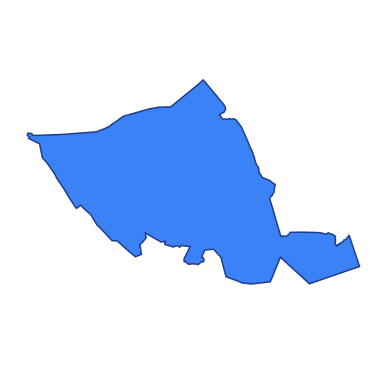 the district of Cualác, Guerrero, Mexico, rotated 261°
{"feature_id": "50627088B91833762276728", "entity_name": "Cualác", "entity_type": "district", "adm_level": 2, "iso_a3": "MEX", "parent_name": "Mexico", "parent_adm1": "Guerrero", "projection": "mercator", "projection_center": [-98.69, 17.735], "detail": "fine", "context": "isolated", "style": "filled", "palette": "blue", "viewbox_px": 384, "rotation_deg": 261, "n_neighbors": 0, "source": "geoboundaries", "source_scale": "gbopen_adm2", "svg_char_len": 3575}
<svg xmlns="http://www.w3.org/2000/svg" viewBox="0 0 384 384"><g transform="rotate(261 192 192)"><path d="M301.0,220.6L297.8,215.7L279.4,184.3L280.9,172.9L280.8,170.3L280.8,163.2L277.5,135.9L273.5,128.2L272.6,126.0L272.1,124.8L271.3,123.3L270.2,121.5L269.4,120.0L269.3,119.6L269.1,118.5L268.9,117.6L268.4,116.3L268.1,114.8L267.6,113.4L267.4,110.8L266.6,108.2L266.4,107.0L269.2,72.3L272.1,48.3L272.3,47.3L272.7,44.6L273.1,43.6L274.7,42.9L275.8,39.8L275.7,38.9L273.5,38.2L271.9,39.8L271.8,40.2L271.7,40.3L271.3,40.3L270.8,39.9L270.4,39.1L263.5,49.0L249.2,49.6L243.0,53.6L230.4,59.6L227.0,60.5L214.3,66.4L211.2,67.6L206.1,69.6L194.2,75.0L194.1,76.1L196.5,79.9L195.7,80.4L191.1,83.8L185.5,88.5L178.5,91.3L174.0,93.2L167.4,98.1L156.4,105.4L155.4,110.5L151.9,113.4L147.3,117.0L144.0,119.8L143.5,120.1L136.8,126.0L138.4,132.3L147.6,132.4L148.2,132.4L150.4,135.6L154.1,139.6L158.8,139.4L152.6,147.2L147.5,153.6L147.4,155.6L147.6,157.7L145.7,157.0L144.7,157.0L143.9,157.9L143.4,158.8L143.0,160.0L142.0,162.0L142.2,162.6L140.6,164.3L141.2,168.1L141.0,169.6L140.2,170.4L139.5,171.1L139.5,171.5L140.8,173.0L138.4,181.6L135.4,179.5L127.4,173.8L126.6,173.5L126.1,173.5L125.6,173.6L125.3,173.5L124.6,173.3L124.6,173.5L124.2,173.8L124.2,174.0L124.3,174.2L124.3,174.3L124.4,174.5L124.4,174.8L124.1,175.0L123.9,175.3L123.7,175.4L123.5,175.5L123.3,175.6L122.9,175.7L122.7,175.9L122.3,176.2L122.0,176.4L121.9,176.5L121.6,176.7L121.4,177.0L121.3,177.3L121.2,177.6L121.2,178.0L121.1,178.3L121.1,178.5L120.9,179.3L121.0,179.8L121.2,180.4L121.2,180.7L121.0,181.1L120.6,182.8L120.3,184.0L120.1,185.0L119.4,186.5L119.4,186.9L119.6,187.3L120.1,188.0L120.4,188.3L120.6,188.6L120.8,189.0L120.9,189.3L121.1,189.7L121.2,189.9L121.3,190.1L121.5,190.3L121.6,190.8L121.4,191.4L121.2,191.8L121.3,192.4L121.8,192.8L123.3,193.2L124.6,193.1L125.2,192.7L126.1,191.3L128.3,192.7L131.7,195.0L132.7,195.6L132.1,204.3L123.1,210.3L121.4,210.5L103.0,212.4L102.3,213.6L100.0,217.7L96.9,223.3L94.4,227.2L91.9,236.1L91.0,255.2L93.1,256.6L113.8,269.1L83.0,293.6L88.5,324.5L92.2,345.8L123.8,340.6L124.5,340.1L124.1,339.8L123.4,339.2L122.5,338.0L121.7,337.4L120.9,336.4L120.8,335.5L120.9,334.9L120.9,334.6L120.7,334.4L119.3,333.4L118.8,332.1L118.8,331.7L118.7,331.5L118.4,331.2L118.3,330.9L118.0,330.4L118.0,329.8L118.0,329.3L117.7,329.1L117.3,329.1L117.1,328.8L117.1,328.6L117.1,328.0L117.0,327.4L116.8,327.3L116.5,327.0L116.2,326.9L116.2,326.3L116.6,326.1L117.4,325.8L118.2,325.6L118.8,325.2L119.7,325.4L120.3,325.9L122.2,326.3L122.7,326.3L123.5,326.1L125.3,326.7L127.0,325.8L130.4,320.1L129.3,318.2L131.8,311.9L133.1,305.5L135.2,293.8L136.8,282.7L136.6,282.4L135.0,281.2L133.4,277.6L134.4,275.1L134.2,272.8L151.5,270.5L153.6,270.3L165.5,268.8L166.8,268.6L173.6,267.7L175.1,268.7L175.5,270.1L176.7,271.0L177.8,272.0L179.5,273.1L181.9,273.6L184.4,274.7L185.2,275.0L185.3,275.1L186.4,275.4L188.2,273.2L191.3,270.4L192.7,268.2L194.0,265.9L195.1,263.9L198.1,262.5L198.4,262.4L200.9,261.5L203.2,261.4L203.4,261.5L204.8,261.5L206.2,261.3L207.7,260.5L209.1,259.9L210.9,259.5L211.2,259.5L211.5,259.4L213.4,259.2L215.0,259.0L217.0,258.8L218.5,258.6L220.2,258.3L221.2,258.1L223.0,257.8L223.9,257.5L224.7,257.3L225.8,256.8L234.9,254.6L248.7,250.9L256.4,246.7L257.8,244.9L257.8,243.8L257.8,241.5L258.4,240.9L258.6,240.0L258.3,238.6L258.4,237.4L258.9,235.9L259.2,234.9L259.2,234.1L260.0,233.2L262.0,232.2L263.4,231.9L263.8,231.3L264.3,231.9L264.6,232.7L264.9,233.2L265.4,234.2L265.5,235.5L266.1,236.5L266.6,236.6L267.5,237.4L268.0,237.9L269.9,238.3L273.2,237.2L301.0,220.6Z" fill="#3b82f6" stroke="#1e3a8a" stroke-width="1.5"/></g></svg>